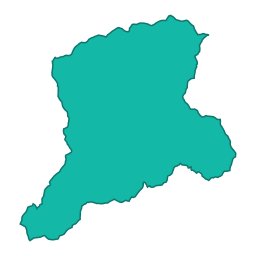 Martshala, Samdrup Jongkhar, Bhutan (Equal Earth projection)
{"feature_id": "84629894B7321058523370", "entity_name": "Martshala", "entity_type": "district", "adm_level": 2, "iso_a3": "BTN", "parent_name": "Bhutan", "parent_adm1": "Samdrup Jongkhar", "projection": "equal_earth", "projection_center": [91.734, 26.99], "detail": "fine", "context": "isolated", "style": "filled", "palette": "teal", "viewbox_px": 256, "rotation_deg": 0, "n_neighbors": 0, "source": "geoboundaries", "source_scale": "gbopen_adm2", "svg_char_len": 5743}
<svg xmlns="http://www.w3.org/2000/svg" viewBox="0 0 256 256"><path d="M30.0,240.6L33.8,238.0L38.6,237.4L40.8,237.0L43.1,235.9L44.8,235.6L46.8,237.8L48.4,239.1L50.3,239.5L53.1,239.8L58.1,238.9L59.5,235.8L61.7,235.2L64.0,234.2L66.7,230.6L68.2,229.1L70.7,227.9L72.0,227.5L72.4,225.3L74.6,224.1L75.9,223.6L78.7,220.3L80.1,219.5L80.1,216.8L80.3,215.2L80.4,211.9L80.5,210.9L81.5,208.5L81.6,207.9L81.7,206.2L84.1,204.4L85.2,204.1L86.3,203.3L86.9,202.6L87.4,202.3L88.9,202.4L91.0,201.8L94.4,202.7L96.8,203.5L97.9,203.4L100.8,203.7L102.9,203.7L103.6,203.3L105.7,203.1L106.1,203.0L107.4,203.0L108.6,202.5L109.4,201.6L113.1,199.9L113.7,199.5L114.0,199.1L119.8,202.1L121.5,202.4L122.9,201.9L125.3,200.4L126.0,200.3L126.4,200.7L129.1,201.2L129.3,200.9L129.7,199.8L131.0,197.8L132.0,196.8L133.2,197.5L135.2,196.7L137.5,193.3L140.0,190.3L142.2,188.1L143.0,186.5L143.0,185.8L143.3,185.1L143.2,183.3L143.6,182.5L144.2,182.1L145.2,182.6L145.3,183.2L146.2,184.3L146.7,185.2L146.9,186.2L147.4,186.6L147.6,187.1L148.3,186.4L149.7,185.8L149.8,186.4L150.3,186.9L151.7,187.2L153.0,187.2L154.2,186.8L155.2,186.1L155.6,185.6L157.0,185.6L161.9,185.0L163.9,182.7L166.3,182.0L167.2,179.9L167.4,177.6L167.8,176.2L168.3,175.7L170.0,175.2L171.5,174.0L171.9,173.5L172.5,172.3L172.6,171.2L173.3,170.1L173.8,167.9L175.0,166.6L176.5,166.0L177.2,166.0L177.8,165.4L179.1,164.9L180.3,163.4L182.0,164.9L185.9,165.3L186.6,165.5L187.6,166.1L188.3,168.0L189.1,168.0L190.5,167.0L191.3,167.0L191.0,169.1L191.5,170.2L192.8,170.1L194.1,171.1L194.9,171.5L196.2,172.9L196.7,173.1L196.8,172.7L198.2,171.8L199.5,172.3L200.7,173.2L201.5,173.9L202.0,175.1L202.3,176.3L203.5,177.0L205.0,178.5L206.0,179.2L207.0,179.4L208.7,180.4L209.3,179.9L211.3,177.7L213.5,177.8L215.1,176.9L216.7,177.1L217.5,177.4L218.0,177.4L218.7,176.7L220.2,176.3L221.2,175.6L222.1,174.9L222.9,173.2L223.6,172.1L224.4,171.3L227.9,171.1L229.2,170.6L229.9,170.5L230.0,168.1L230.3,167.3L230.4,166.5L231.3,164.8L232.0,161.9L232.5,160.5L232.5,159.6L233.1,158.7L233.8,157.8L235.5,156.8L235.6,154.5L235.8,153.9L235.7,153.2L233.5,150.0L232.8,149.6L232.4,148.8L231.2,147.4L230.3,144.9L230.2,143.4L230.4,141.8L229.7,140.0L229.5,139.5L228.5,138.4L228.5,137.6L227.8,136.1L225.5,134.2L225.1,133.3L224.0,130.6L221.6,126.3L220.9,125.6L220.3,124.3L220.4,119.9L220.1,119.3L219.3,119.5L217.5,119.4L216.7,119.1L215.5,118.0L213.7,116.9L211.9,116.5L211.0,116.6L209.7,116.2L207.4,116.2L206.2,115.6L205.0,116.0L204.3,116.7L202.8,117.0L201.9,116.8L199.9,115.3L199.5,114.2L198.9,113.9L198.4,113.3L198.0,112.0L197.3,110.5L194.6,109.0L193.5,109.3L192.1,109.2L191.1,109.3L190.1,108.6L189.5,107.7L189.4,107.2L188.9,106.3L187.9,104.6L186.8,103.5L185.8,102.8L184.7,101.5L183.9,99.5L183.0,98.2L182.7,96.9L183.0,95.6L183.7,94.6L185.3,92.9L186.0,89.4L187.3,87.6L187.3,85.0L187.7,81.9L188.2,80.9L191.1,78.7L192.5,78.4L194.2,78.2L194.3,75.5L195.0,72.4L195.1,71.0L195.9,68.2L196.5,67.4L196.7,66.2L196.4,65.6L196.4,64.6L197.3,64.0L197.1,61.3L196.5,60.2L195.8,58.9L195.3,57.3L194.7,56.4L195.1,55.8L197.7,54.3L198.6,52.6L199.6,51.6L199.6,50.8L199.9,49.4L199.5,45.4L200.1,44.3L200.4,43.4L201.6,41.8L202.0,40.5L202.3,39.9L203.7,38.2L206.0,36.2L207.1,35.4L209.0,35.0L207.3,34.5L205.5,34.4L204.0,33.7L202.6,33.7L201.3,34.4L197.6,34.6L197.1,33.6L196.1,32.1L195.6,31.1L194.8,29.8L194.4,29.0L193.5,26.0L191.5,24.7L187.6,20.6L186.2,20.3L182.7,21.2L180.9,21.2L179.7,20.7L177.0,20.0L176.0,19.7L174.8,18.4L173.1,16.8L172.3,16.3L171.7,16.2L170.7,15.4L170.2,15.6L168.8,16.0L165.9,20.6L165.5,20.6L164.2,20.4L162.1,20.4L160.9,20.7L158.8,21.5L156.2,22.9L154.4,24.3L152.9,25.0L152.3,25.5L151.2,25.5L150.1,25.3L148.0,24.1L144.3,23.2L141.6,23.1L140.0,23.1L138.2,23.7L137.1,24.4L133.2,24.2L132.1,24.6L130.5,27.2L129.6,28.0L129.5,28.7L129.5,29.8L128.9,31.4L128.5,31.7L127.0,31.7L124.7,31.0L122.0,28.7L121.2,28.4L120.5,28.4L119.7,27.8L118.6,27.6L117.3,28.0L112.2,31.3L109.6,33.5L107.8,34.7L105.9,37.1L104.4,36.3L103.1,36.1L102.0,35.6L101.0,35.7L99.4,35.2L98.1,35.2L96.8,35.9L94.5,36.6L93.3,37.4L92.1,37.6L89.8,38.8L88.7,39.5L87.5,41.4L85.5,42.7L82.4,42.5L81.6,42.3L81.0,42.6L79.0,43.8L78.0,44.9L76.8,45.7L75.1,47.2L74.4,48.1L73.3,50.2L72.4,52.1L71.9,53.7L71.3,54.4L70.3,55.2L69.1,55.6L65.9,55.3L63.0,56.6L62.0,56.9L61.0,56.9L59.5,57.4L58.8,57.9L57.2,58.2L55.7,58.1L55.3,57.4L55.0,57.4L53.3,60.1L52.8,61.4L52.3,61.4L52.5,62.0L52.5,62.9L52.9,65.5L52.0,73.0L52.1,75.5L53.1,77.4L54.6,79.0L56.3,81.3L57.2,82.8L57.7,84.3L57.5,85.8L57.5,86.2L58.2,87.0L58.4,88.0L58.2,89.3L58.3,91.0L58.2,94.5L58.0,96.3L58.7,97.6L59.6,99.4L61.9,102.1L62.5,105.7L63.5,107.9L65.1,109.9L66.5,111.1L67.4,112.2L67.6,113.2L67.7,115.6L67.8,116.3L68.8,117.6L69.0,118.6L69.0,119.3L68.7,120.7L68.7,121.7L68.3,122.8L68.2,125.4L68.0,126.1L67.2,127.2L65.2,128.3L63.7,128.9L63.5,130.7L63.5,131.8L64.1,134.2L65.5,135.5L65.9,136.6L64.9,139.2L65.1,140.1L66.6,141.9L66.9,142.4L67.4,144.3L68.5,145.4L68.8,145.9L69.7,147.8L70.9,149.2L71.4,150.0L71.6,151.0L71.6,151.8L71.3,152.3L70.2,153.0L69.4,153.3L68.7,154.1L67.6,154.3L66.4,154.9L65.7,155.5L65.5,156.1L65.5,156.7L66.0,158.6L66.0,160.0L65.6,160.8L65.0,164.3L62.1,167.6L61.0,169.1L60.3,170.5L59.5,171.7L58.9,172.3L57.1,173.5L54.4,175.8L50.2,180.9L49.5,182.2L49.6,182.8L50.2,183.9L50.1,185.2L49.7,185.6L48.4,186.0L47.9,186.3L45.3,189.1L44.5,190.8L44.5,191.8L44.2,192.9L43.8,195.5L43.5,196.5L42.0,198.7L42.1,202.5L42.0,203.7L41.9,204.1L40.6,204.3L40.0,204.6L39.5,205.9L39.2,206.4L38.0,207.2L37.2,208.1L36.9,208.6L36.5,207.6L35.6,205.9L34.7,204.8L33.2,203.8L33.1,204.3L32.2,205.7L31.3,206.2L30.2,206.3L29.2,206.6L28.3,207.0L27.8,207.4L26.7,210.7L26.1,211.8L23.3,215.0L22.1,216.9L21.9,218.0L21.9,220.1L20.2,224.0L22.3,225.0L24.1,226.1L25.3,226.6L26.1,228.1L26.8,230.6L27.0,233.2L28.2,236.2L28.7,238.2L29.2,239.7L30.0,240.6Z" fill="#14b8a6" stroke="#0f766e" stroke-width="1.5"/></svg>